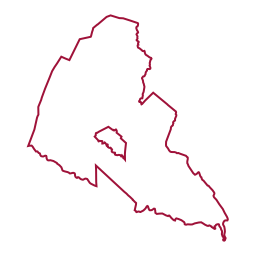 outline of Zvishavane, Midlands, Zimbabwe
{"feature_id": "62879985B59782036697495", "entity_name": "Zvishavane", "entity_type": "district", "adm_level": 2, "iso_a3": "ZWE", "parent_name": "Zimbabwe", "parent_adm1": "Midlands", "projection": "robinson", "projection_center": [30.159, -20.28], "detail": "fine", "context": "isolated", "style": "outline", "palette": "rose", "viewbox_px": 256, "rotation_deg": 0, "n_neighbors": 0, "source": "geoboundaries", "source_scale": "gbopen_adm2", "svg_char_len": 5817}
<svg xmlns="http://www.w3.org/2000/svg" viewBox="0 0 256 256"><path d="M138.3,44.5L138.0,43.1L138.7,42.1L138.7,41.9L138.4,41.5L136.7,40.4L136.6,40.0L137.5,38.6L137.3,37.3L137.5,36.6L137.2,35.6L136.5,34.5L136.6,34.1L136.8,33.7L137.2,33.2L138.0,32.7L138.1,32.4L137.8,31.4L137.1,30.5L136.3,28.3L136.3,27.7L136.5,27.0L136.7,26.7L137.5,26.4L138.0,25.1L138.1,23.7L137.8,23.1L130.4,20.6L123.2,18.3L119.3,18.1L110.6,15.4L106.6,16.9L97.5,24.6L97.3,24.6L93.2,28.0L92.8,29.9L92.1,31.9L91.1,35.9L90.7,36.8L79.7,39.2L69.4,60.1L65.8,58.7L61.3,56.7L57.0,63.5L54.6,67.0L52.1,71.2L50.0,76.6L45.1,88.6L41.8,97.6L41.2,99.8L38.5,106.4L38.3,107.0L38.4,114.7L37.6,116.1L37.0,117.8L34.4,129.5L28.2,146.0L29.6,145.7L31.6,145.6L32.6,146.6L34.1,149.0L36.0,151.5L37.2,151.4L37.5,151.5L38.1,152.3L38.7,153.0L39.7,153.3L40.0,153.8L40.4,155.2L41.1,156.1L42.1,156.4L43.1,156.5L43.5,156.4L44.8,155.8L45.4,155.7L46.2,155.9L46.5,156.8L46.5,157.9L46.8,158.8L47.2,159.7L48.0,160.3L49.0,160.4L50.3,160.2L53.4,161.0L56.9,163.0L57.1,163.6L59.4,165.2L61.4,167.3L62.5,170.4L63.0,170.8L64.8,171.4L67.6,172.1L68.8,172.6L69.7,173.4L70.6,173.4L72.6,172.9L73.7,172.9L74.6,173.3L74.9,173.9L75.1,175.8L75.5,176.8L76.2,177.5L77.0,177.9L77.4,177.7L77.8,177.2L78.3,177.2L78.8,177.4L79.8,178.3L80.8,179.1L82.5,179.7L83.1,179.7L84.8,178.8L85.7,178.6L86.9,178.9L87.3,179.1L89.6,182.6L90.2,183.2L91.1,183.8L94.1,185.3L95.5,185.9L96.5,186.2L96.2,182.0L96.1,170.5L95.9,165.5L124.3,191.8L126.5,193.6L128.2,195.4L129.9,196.8L132.6,199.4L132.5,199.5L132.7,199.9L133.9,200.9L135.2,202.3L135.5,202.4L136.1,203.0L136.0,204.5L134.7,210.3L135.7,210.8L136.1,211.8L136.6,212.1L138.3,211.5L139.2,211.6L140.1,212.0L140.5,212.0L143.4,210.5L145.4,208.6L146.7,206.5L147.3,206.0L148.0,206.4L148.6,208.5L149.4,210.0L150.0,210.3L151.8,210.1L154.0,208.6L154.8,208.8L155.2,210.5L155.4,212.9L156.8,213.9L159.6,213.6L162.4,213.5L166.0,215.4L168.1,216.1L169.0,215.5L169.4,215.6L171.5,218.1L173.2,219.7L174.1,220.3L175.1,220.5L175.2,220.2L175.3,219.4L175.8,218.8L176.3,218.4L178.5,219.0L181.4,220.2L184.2,222.2L184.6,223.1L184.7,224.2L185.1,224.5L186.1,224.7L187.6,224.3L190.9,224.5L192.3,224.4L194.7,223.4L198.8,222.5L201.2,222.3L203.2,223.5L205.0,224.7L207.3,225.8L208.3,225.9L209.2,225.4L209.7,225.5L210.8,226.2L211.4,226.4L211.7,227.1L212.1,227.2L213.7,228.4L214.7,228.9L215.2,228.7L215.3,228.2L214.7,227.6L214.5,226.8L214.6,226.3L215.5,225.8L216.1,224.8L217.0,224.4L218.0,224.2L218.5,224.2L219.0,224.5L219.2,225.6L219.4,226.2L220.7,227.9L221.1,229.4L222.0,231.1L222.1,232.4L221.9,233.3L221.9,234.4L222.7,236.6L223.6,237.4L223.8,237.9L223.7,238.6L223.3,239.2L223.1,239.9L223.5,240.5L224.4,240.6L224.9,240.2L225.6,238.1L224.7,236.4L224.4,235.5L224.3,234.1L224.7,232.9L224.9,231.3L224.7,229.1L224.3,226.8L223.1,224.6L223.1,223.3L223.4,222.5L224.0,221.3L225.2,220.4L227.4,220.4L227.8,219.5L227.6,218.3L226.9,216.7L224.6,212.7L222.8,209.0L219.4,204.4L216.3,199.6L216.0,199.4L215.6,198.9L214.7,198.0L213.9,197.0L213.5,195.8L214.4,193.7L214.2,192.6L212.6,190.3L209.8,187.3L208.7,185.9L208.1,185.6L207.6,185.6L203.5,180.6L202.4,179.9L201.8,178.9L201.4,177.3L200.8,176.9L200.3,176.1L199.1,172.5L198.5,172.2L198.0,172.5L196.9,173.7L195.4,174.6L194.9,174.7L193.2,173.1L188.5,166.0L187.9,164.3L187.3,163.2L187.3,161.2L187.7,159.4L187.8,157.8L187.4,157.1L187.0,157.0L186.0,155.8L179.5,153.5L178.4,153.0L177.0,153.2L176.2,152.6L174.7,152.1L171.2,152.0L170.2,151.6L169.1,150.4L168.0,148.4L166.3,146.2L166.1,145.9L166.0,144.6L166.1,141.7L170.8,129.2L170.9,127.8L171.2,126.8L171.5,126.4L172.8,125.4L172.9,125.1L172.9,124.4L173.4,123.2L173.1,122.4L173.3,121.9L174.0,121.1L174.7,120.8L175.0,120.5L175.1,120.1L175.0,119.3L175.1,118.6L176.3,115.8L176.3,114.9L175.7,114.1L175.9,113.3L176.1,112.2L175.8,111.4L175.6,111.3L167.7,104.8L167.5,104.5L153.2,92.7L145.2,100.5L142.1,104.0L141.5,104.3L141.2,103.6L141.2,102.6L140.7,102.0L139.6,102.0L139.2,101.7L139.1,101.2L139.8,100.2L140.1,99.1L140.4,98.7L141.2,98.3L142.3,98.3L142.5,97.9L142.5,96.8L142.7,96.3L142.9,95.1L142.7,94.8L142.7,94.0L143.6,91.9L144.4,87.2L144.4,86.2L144.1,85.6L144.0,84.9L143.7,83.6L143.2,82.6L143.0,80.8L142.4,79.1L142.0,78.4L142.0,78.0L143.0,76.6L143.3,76.4L143.7,76.4L144.4,76.2L144.8,75.4L145.5,74.2L145.6,73.1L145.9,72.0L147.0,70.5L147.0,69.7L147.2,69.3L147.5,69.0L148.1,68.9L149.6,69.1L149.9,69.0L150.3,68.6L150.4,68.0L150.3,67.4L149.6,65.7L149.6,65.4L149.9,65.0L149.9,64.2L149.7,63.0L150.1,61.8L150.1,61.3L150.5,60.0L151.2,59.3L151.5,58.6L151.1,57.9L149.6,57.4L147.1,55.5L146.5,55.3L145.5,54.4L145.3,54.0L144.8,52.6L144.7,51.5L144.4,50.9L143.8,51.1L142.6,51.0L141.8,50.3L141.5,49.8L140.9,49.5L139.9,48.6L138.0,47.5L137.6,45.9L137.7,45.3L138.1,44.5L138.3,44.5ZM98.9,131.7L108.4,126.8L112.4,129.7L112.8,129.9L113.4,129.9L113.5,130.3L113.8,130.4L113.9,130.2L114.1,130.1L114.3,130.1L114.4,130.3L114.7,130.3L115.9,129.5L116.6,130.4L116.7,130.8L116.8,131.5L116.6,132.1L116.6,132.7L121.5,136.6L120.8,138.3L126.0,143.0L125.1,151.1L124.9,154.2L125.0,159.6L124.2,158.6L123.4,158.2L123.1,157.3L123.0,156.5L121.9,155.3L121.7,155.6L121.7,156.4L121.3,156.5L120.3,155.2L119.8,155.0L118.4,154.9L117.3,155.2L115.3,154.8L114.9,154.2L115.1,153.0L115.0,152.7L114.7,152.6L114.3,152.8L113.8,152.7L113.2,152.4L112.4,152.2L111.8,151.6L111.7,151.1L111.8,150.2L112.1,149.7L111.9,149.2L110.9,148.6L110.8,147.9L110.5,147.7L110.1,147.9L109.5,147.9L108.7,147.6L108.0,147.1L108.0,146.5L107.9,146.4L107.1,146.2L106.6,145.6L106.7,145.3L107.2,145.2L107.7,144.9L107.7,144.6L107.5,144.4L106.3,144.5L105.8,143.6L105.0,142.7L104.7,142.5L104.3,143.1L104.0,143.2L103.3,143.4L102.7,143.3L102.6,143.5L102.3,143.5L102.4,141.4L102.2,141.1L101.9,141.0L101.3,141.0L101.0,141.1L99.6,140.8L98.8,141.4L98.6,141.4L98.2,140.7L98.0,140.1L94.7,136.6L95.7,135.5L95.8,135.2L95.7,134.5L95.9,133.3L96.1,133.0L97.1,132.7L97.2,132.8L98.9,131.7Z" fill="none" stroke="#9f1239" stroke-width="2"/></svg>